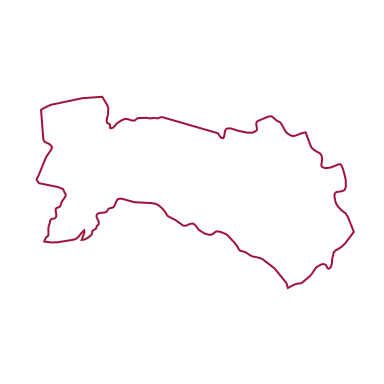 SVG path tracing the border of Chachoengsao, rotated 351°
{"feature_id": "THA-431", "entity_name": "Chachoengsao", "entity_type": "Province", "adm_level": 1, "iso_a3": "THA", "parent_name": "Thailand", "parent_adm1": "", "projection": "albers", "projection_center": [101.399, 13.573], "detail": "fine", "context": "isolated", "style": "outline", "palette": "rose", "viewbox_px": 384, "rotation_deg": 351, "n_neighbors": 0, "source": "natural_earth", "source_scale": "10m", "svg_char_len": 4292}
<svg xmlns="http://www.w3.org/2000/svg" viewBox="0 0 384 384"><g transform="rotate(351 192 192)"><path d="M75.5,222.1L79.5,214.9L79.5,213.0L76.4,215.2L73.7,217.7L70.9,219.8L67.5,220.6L51.1,220.6L44.5,219.7L38.3,217.8L39.8,215.2L41.3,213.7L42.8,212.9L43.2,212.5L43.4,212.2L43.5,211.9L44.4,205.8L44.8,204.2L45.3,202.9L46.2,201.4L46.6,200.6L47.3,198.6L47.6,197.7L48.3,197.1L49.1,196.8L50.0,196.6L51.0,196.7L52.0,196.6L52.8,196.2L53.5,195.7L54.0,195.1L54.3,194.1L54.4,192.6L54.4,189.4L54.7,187.8L55.3,186.8L56.3,186.5L58.4,186.1L59.2,185.7L59.8,185.0L61.5,181.7L62.1,181.0L66.4,176.5L66.7,175.6L66.8,174.4L66.0,172.5L65.3,169.7L64.9,168.8L60.1,166.0L42.3,159.4L40.5,156.0L40.7,154.7L42.8,152.1L52.5,136.0L53.9,134.1L59.8,127.8L60.5,126.2L60.7,125.1L59.9,124.0L58.9,122.7L57.6,121.6L54.6,119.6L53.9,118.6L53.4,117.0L55.6,88.9L55.7,87.3L59.0,85.9L66.1,83.8L98.3,82.2L118.2,83.9L122.0,93.2L122.4,96.5L121.0,102.8L120.8,103.3L120.3,104.2L119.8,105.0L118.8,108.8L118.9,109.7L119.1,110.4L120.2,111.3L120.9,111.9L121.6,113.1L121.5,114.2L121.0,115.6L121.3,116.1L122.0,116.3L123.0,116.3L123.8,116.1L124.6,115.8L126.0,114.7L127.3,113.5L128.8,112.4L133.0,110.4L136.8,109.4L138.2,109.5L140.0,110.0L143.3,111.7L145.1,112.3L146.5,112.4L147.3,112.0L149.0,111.0L149.8,110.7L150.8,110.6L158.5,111.6L161.6,112.6L163.5,112.9L166.4,113.0L168.5,113.6L170.0,113.9L171.1,113.7L172.0,113.4L172.9,113.2L174.8,113.6L226.7,138.0L227.1,138.8L227.9,140.7L228.5,141.7L229.5,143.1L230.4,143.5L231.0,143.7L231.3,143.6L231.5,143.5L231.8,143.2L232.2,142.6L232.6,141.8L233.8,137.9L234.7,136.2L235.2,135.5L236.2,135.0L237.5,134.8L240.3,135.3L246.9,138.6L255.5,141.9L260.0,142.8L261.1,142.8L264.0,142.0L264.9,141.6L265.6,141.1L266.0,140.4L266.1,134.9L266.4,133.8L266.9,133.0L267.6,132.4L268.4,132.1L278.0,129.7L280.2,129.4L281.6,129.5L282.6,129.9L283.2,130.5L286.7,134.6L288.1,135.7L289.6,136.7L290.2,137.3L290.7,138.2L294.0,147.1L294.7,148.2L295.8,149.4L298.1,151.4L299.5,152.2L300.9,152.6L302.0,152.6L303.0,152.5L309.4,151.1L313.6,150.9L316.3,164.6L317.3,167.3L319.2,169.6L321.4,171.6L322.2,172.1L324.3,173.8L324.8,174.4L325.4,175.5L325.7,177.1L325.6,179.9L325.3,181.6L324.9,182.9L324.5,183.8L323.9,185.6L324.1,186.7L324.6,187.7L326.1,188.7L327.3,189.2L328.6,189.4L330.9,189.5L333.3,189.4L341.3,187.6L342.3,187.6L343.2,188.2L344.0,189.9L344.7,192.9L345.5,199.7L345.7,204.0L344.9,210.3L344.0,212.4L343.1,213.8L341.4,214.4L340.4,214.6L338.2,214.7L335.0,214.6L334.1,214.9L333.3,215.4L332.7,216.1L332.3,216.9L332.1,218.4L332.0,220.4L332.2,224.3L333.0,227.1L334.2,229.7L337.2,233.9L340.6,237.4L342.2,241.6L345.6,256.7L334.9,267.0L330.7,269.8L324.9,272.1L323.3,273.2L322.2,274.3L321.7,276.2L320.0,280.0L319.9,280.3L319.8,281.0L319.7,281.9L318.8,284.9L317.6,287.4L316.6,288.4L315.6,289.0L314.7,289.0L314.0,288.5L313.6,287.8L313.2,285.8L312.7,285.0L312.0,284.4L311.2,284.0L310.3,283.7L308.8,283.7L306.8,284.3L303.2,285.8L301.4,287.3L297.6,291.6L295.1,293.6L287.4,298.3L285.6,299.1L284.6,299.2L282.3,299.0L279.1,299.3L271.7,301.8L271.0,296.6L261.6,280.4L251.3,269.5L249.8,268.4L247.3,267.2L241.8,265.1L240.5,264.4L235.3,259.8L233.9,259.0L230.9,257.9L230.0,257.1L229.4,256.2L229.0,255.3L228.5,253.4L226.0,248.7L220.6,240.6L219.2,239.1L214.6,236.2L213.4,235.7L211.8,235.1L210.9,234.8L209.9,234.9L208.9,235.1L208.1,235.5L206.5,236.4L205.6,236.8L204.7,237.1L203.4,237.2L201.3,236.5L198.0,235.0L193.4,231.0L192.5,229.9L190.0,225.2L189.0,224.1L188.0,223.4L187.0,223.2L185.9,223.2L184.8,223.3L183.8,223.5L182.8,223.9L181.8,224.2L180.5,224.3L178.8,224.0L177.7,223.5L171.2,217.0L164.9,212.5L164.4,211.9L163.7,210.9L162.3,207.4L161.5,205.9L160.3,204.0L157.4,200.4L155.7,199.0L154.2,198.0L150.1,196.6L133.7,193.1L121.4,187.6L120.3,187.4L119.3,187.3L118.2,187.4L117.3,187.7L116.6,188.3L115.0,190.6L113.7,192.8L112.6,194.3L111.8,194.7L110.9,195.0L107.7,195.3L106.8,195.7L106.1,196.3L105.0,197.7L104.3,198.2L103.3,198.4L102.2,198.6L97.8,198.3L96.7,198.4L95.7,198.7L95.0,199.1L94.3,199.8L94.0,200.6L93.9,201.6L94.1,202.6L95.2,206.5L95.2,207.5L95.0,208.5L94.7,209.3L94.0,209.9L93.2,210.4L92.5,210.9L92.2,211.5L92.0,211.8L92.0,212.0L91.9,212.2L91.7,212.8L91.1,213.3L90.3,213.7L88.4,214.3L87.6,214.8L87.3,215.7L86.6,217.5L86.0,218.3L85.5,218.9L82.4,220.7L80.6,221.5L78.5,222.1L75.5,222.1L75.5,222.1Z" fill="none" stroke="#9f1239" stroke-width="2"/></g></svg>